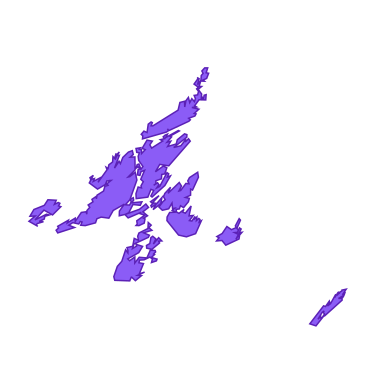 outline of Herøy nor, Norway, rotated 184°
{"feature_id": "86288312B85977259263541", "entity_name": "Herøy nor", "entity_type": "district", "adm_level": 2, "iso_a3": "NOR", "parent_name": "Norway", "parent_adm1": "", "projection": "albers", "projection_center": [12.25, 65.989], "detail": "fine", "context": "isolated", "style": "filled", "palette": "violet", "viewbox_px": 384, "rotation_deg": 184, "n_neighbors": 0, "source": "geoboundaries", "source_scale": "gbopen_adm2", "svg_char_len": 6102}
<svg xmlns="http://www.w3.org/2000/svg" viewBox="0 0 384 384"><g transform="rotate(184 192 192)"><path d="M324.9,144.4L323.1,141.8L306.7,148.4L312.6,150.3L308.8,153.1L302.7,152.2L301.4,154.8L299.6,154.4L300.7,151.1L296.2,151.0L286.1,154.5L285.0,158.7L280.9,160.6L273.1,160.1L269.3,168.1L258.6,175.2L263.1,167.9L262.9,163.2L257.4,164.9L253.9,161.7L241.3,168.2L242.4,166.8L237.5,165.6L245.1,159.4L244.4,156.2L245.5,154.7L242.5,154.8L237.5,157.6L237.0,161.9L238.5,162.5L234.7,165.2L239.6,168.8L234.3,173.6L237.2,176.8L243.2,171.1L257.0,165.0L253.6,166.9L250.0,175.4L242.7,175.1L241.3,178.7L251.5,177.0L249.6,179.9L250.2,182.2L253.2,180.2L251.9,178.0L253.4,174.6L257.6,174.6L253.4,180.0L247.8,200.1L250.0,207.7L255.1,203.0L256.8,202.5L250.3,210.1L251.4,223.0L256.1,222.4L253.2,225.3L254.4,229.1L258.2,227.4L263.4,221.7L265.4,215.3L266.9,217.6L271.0,210.4L267.0,223.5L269.2,223.0L267.3,226.9L269.2,224.5L270.8,218.8L270.4,225.3L271.6,220.2L273.3,221.8L273.3,216.4L276.8,213.4L277.4,209.6L279.4,210.7L278.3,208.3L286.4,195.1L284.2,200.0L291.2,195.7L290.3,198.6L293.6,197.4L291.6,201.7L294.8,199.2L293.7,196.9L295.1,193.9L286.4,188.3L279.0,193.4L277.7,197.2L276.5,197.2L275.1,197.7L273.5,197.9L278.0,193.8L276.8,193.5L276.2,192.8L279.3,191.6L280.3,186.8L286.5,182.2L286.9,178.5L287.4,180.8L291.3,177.7L290.1,175.3L294.7,171.8L292.9,169.6L295.5,166.2L295.4,162.5L296.3,164.9L301.0,163.9L306.4,154.6L306.7,157.8L314.3,152.4L313.4,155.2L323.6,148.4L322.6,146.8L324.9,144.4ZM247.2,181.5L235.7,183.8L233.1,191.8L230.3,190.9L232.8,185.1L231.5,184.2L219.5,196.6L214.6,206.6L217.6,205.2L216.5,208.5L218.3,209.6L224.6,195.3L227.5,193.6L225.5,197.0L227.0,198.8L230.7,196.0L228.7,197.7L228.8,200.7L223.4,203.0L223.4,207.4L220.5,208.1L218.8,214.4L222.4,215.9L229.9,209.6L226.1,217.3L217.0,216.5L197.3,242.6L199.2,244.9L202.3,241.4L201.4,242.8L202.0,243.8L206.3,237.4L213.4,235.1L201.0,246.3L201.1,248.9L203.5,249.5L210.3,243.1L211.1,238.8L219.5,235.7L216.7,241.2L220.4,239.9L216.2,245.5L217.9,246.1L208.9,252.0L209.9,252.4L222.0,244.5L220.5,248.0L222.9,246.8L224.6,245.0L223.1,243.3L227.2,242.0L224.8,240.8L235.3,233.0L237.4,236.1L235.1,240.0L240.5,240.6L244.8,232.0L241.6,231.0L245.0,226.8L245.4,230.6L247.6,231.0L246.6,232.5L250.9,231.5L249.9,227.7L247.2,227.4L248.2,223.9L247.4,219.8L242.7,214.0L244.5,211.2L246.9,216.2L248.6,215.5L249.4,211.9L247.5,213.4L245.4,211.4L247.3,210.7L247.6,205.3L245.1,204.9L244.3,208.7L240.8,210.3L244.0,201.1L241.3,198.9L243.3,194.7L242.7,192.6L246.1,193.2L247.8,186.4L247.2,181.5ZM194.4,146.9L185.5,150.7L180.7,163.9L182.7,162.5L182.1,165.1L183.4,166.1L185.6,163.8L185.4,167.5L188.4,164.6L187.2,167.9L190.1,163.0L192.6,163.3L189.1,168.7L193.3,168.0L191.9,178.0L197.2,170.4L200.1,171.4L198.7,174.1L203.5,169.8L206.1,171.0L206.6,173.6L203.5,174.2L202.5,177.5L199.3,175.8L194.9,182.0L194.2,185.5L198.1,186.1L193.2,188.7L193.6,194.8L191.6,194.0L186.6,207.2L187.7,212.1L195.5,206.2L197.0,202.8L195.6,200.0L198.7,200.1L203.4,192.7L205.1,192.1L202.9,197.2L205.4,200.6L215.8,189.0L213.7,195.3L219.0,188.7L220.1,185.3L218.2,182.5L220.6,180.0L222.2,179.7L221.6,184.4L226.3,178.1L230.6,178.5L224.6,186.1L232.7,179.4L230.3,177.7L232.1,175.6L231.3,174.0L226.9,177.5L229.6,171.7L220.8,179.6L223.9,174.7L220.3,171.7L214.1,173.6L211.2,179.5L210.2,174.1L208.2,174.6L210.5,172.2L206.4,170.8L212.9,170.0L215.1,165.3L215.0,161.7L202.4,148.1L194.4,146.9ZM245.1,241.5L221.7,250.0L219.8,251.5L220.9,253.3L219.3,251.7L200.0,262.4L198.7,263.9L200.5,265.3L194.4,268.0L193.4,270.2L195.3,270.5L190.9,275.1L198.0,276.3L193.4,277.2L195.4,278.2L191.4,284.5L184.7,284.8L184.7,290.1L186.6,289.4L187.1,285.7L188.1,286.9L188.2,285.3L189.3,285.4L189.2,290.4L193.0,294.8L189.8,297.9L192.3,297.9L191.0,303.3L187.3,303.4L188.7,304.5L185.3,306.3L183.7,311.6L186.2,311.9L185.0,316.9L188.0,316.7L190.6,313.4L189.2,311.1L190.9,308.9L190.9,304.0L194.0,299.4L192.8,305.5L194.9,306.6L193.8,305.8L197.5,299.8L193.0,297.0L194.6,295.2L192.5,292.8L193.2,289.3L196.6,288.5L195.1,285.4L195.9,282.3L198.7,285.1L200.5,281.0L202.2,286.1L204.4,282.7L205.2,276.3L205.8,282.0L210.3,280.5L211.6,272.7L235.7,255.2L237.4,255.2L236.4,258.4L237.7,259.0L240.4,256.6L241.0,248.2L244.2,249.4L246.7,246.0L245.0,244.6L245.1,241.5ZM262.9,98.5L247.9,99.0L246.7,102.7L246.2,102.8L242.3,99.6L236.6,105.0L240.4,105.1L233.7,108.8L238.9,106.6L235.4,117.2L240.0,117.7L239.6,120.4L235.1,121.0L229.5,124.1L226.8,122.4L227.5,118.8L222.7,120.8L222.2,122.6L228.0,123.9L225.0,127.0L226.0,127.5L224.1,129.7L224.7,131.1L229.1,131.0L220.8,138.9L221.9,140.6L218.7,141.1L222.1,144.1L226.9,137.4L224.8,142.7L228.1,145.1L229.8,143.7L230.5,137.6L233.7,135.5L233.3,132.8L229.1,132.2L232.4,123.1L240.1,123.2L244.1,117.2L244.5,123.2L249.4,119.1L251.4,120.8L240.9,127.8L237.5,134.3L244.1,135.9L243.5,134.2L247.4,131.4L246.3,136.0L232.4,143.7L231.5,145.9L237.5,147.9L229.3,151.0L232.6,153.4L230.4,156.1L233.5,158.5L233.4,152.5L242.1,147.4L243.1,144.1L242.0,140.0L246.4,141.7L247.4,133.7L253.0,132.0L251.8,129.1L251.7,126.7L254.2,129.7L257.2,118.0L261.3,112.6L264.1,102.1L262.9,98.5ZM352.6,151.4L343.4,147.0L345.3,148.1L344.0,149.8L338.1,152.0L342.4,152.0L337.5,154.7L337.1,157.5L332.9,159.1L335.6,159.7L346.7,153.2L338.4,163.6L329.5,159.4L321.8,168.2L324.2,168.8L323.0,171.5L324.7,172.2L328.4,170.1L326.9,174.3L335.2,174.2L338.4,168.4L348.5,163.5L352.0,156.5L346.8,157.1L352.6,151.4ZM154.6,141.3L141.8,148.4L141.5,152.4L139.3,155.3L141.5,154.8L141.5,153.3L144.9,147.9L140.4,158.5L142.1,159.5L144.2,153.5L146.7,154.5L143.7,155.0L143.1,157.5L144.7,158.8L141.7,167.3L143.1,168.7L146.4,161.2L145.4,159.6L150.0,157.2L154.8,160.0L159.0,152.7L164.1,149.3L161.9,148.2L164.1,144.9L158.7,145.7L154.6,141.3ZM65.3,68.7L59.0,67.1L53.0,75.9L54.9,75.4L55.1,78.3L56.4,75.2L57.5,73.8L53.7,81.1L51.8,82.6L52.7,81.0L51.3,79.6L52.6,77.2L51.1,77.6L34.7,94.6L35.1,97.1L34.4,97.1L33.3,99.0L35.9,96.4L38.5,96.0L33.1,99.7L32.2,103.1L34.8,99.9L31.4,105.8L35.6,104.6L35.6,103.8L37.6,102.4L37.8,101.6L38.1,101.8L39.8,99.4L40.3,99.5L38.4,102.6L39.3,102.0L42.4,96.5L41.4,100.1L46.0,90.3L48.9,87.7L47.0,91.7L47.4,92.8L50.8,87.1L52.8,87.6L65.3,68.7Z" fill="#8b5cf6" stroke="#5b21b6" stroke-width="1.5"/></g></svg>